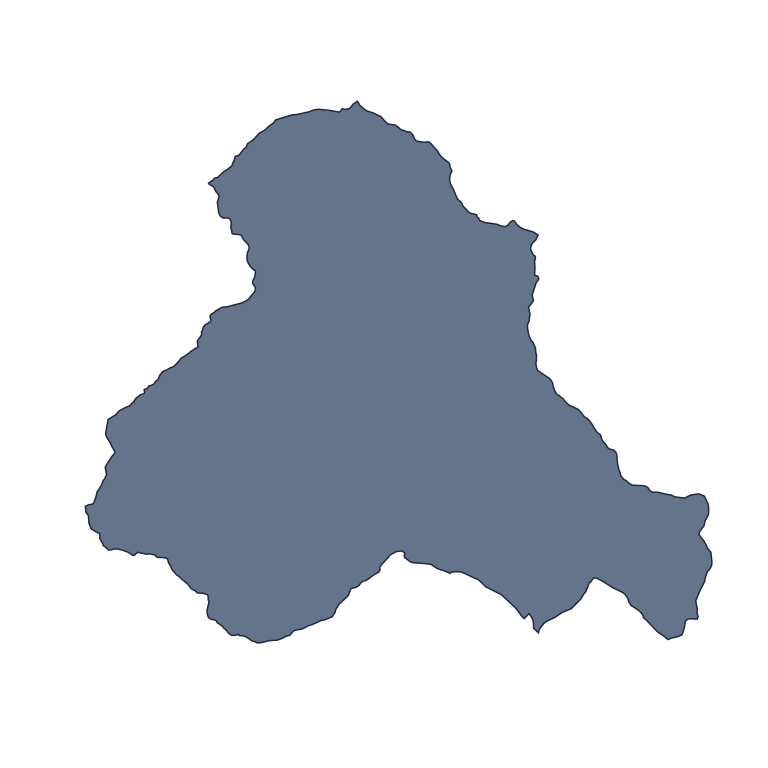 outline of Sombey, Ha, Bhutan, rotated 174°
{"feature_id": "84629894B88569366969401", "entity_name": "Sombey", "entity_type": "district", "adm_level": 2, "iso_a3": "BTN", "parent_name": "Bhutan", "parent_adm1": "Ha", "projection": "mercator", "projection_center": [89.094, 27.205], "detail": "fine", "context": "isolated", "style": "filled", "palette": "slate", "viewbox_px": 768, "rotation_deg": 174, "n_neighbors": 0, "source": "geoboundaries", "source_scale": "gbopen_adm2", "svg_char_len": 6143}
<svg xmlns="http://www.w3.org/2000/svg" viewBox="0 0 768 768"><g transform="rotate(174 384 384)"><path d="M174.0,310.8L175.8,312.3L177.4,314.1L179.9,318.7L180.9,321.5L182.5,324.3L184.9,327.9L188.1,330.5L193.2,338.2L202.4,343.9L205.1,346.8L207.6,350.8L213.2,356.0L214.4,358.1L215.7,362.4L216.4,368.0L218.4,371.8L229.7,381.4L230.5,383.9L230.9,388.9L229.9,391.4L229.9,393.1L229.4,395.3L229.4,397.9L229.8,399.0L229.6,404.1L231.1,408.2L231.2,409.3L233.1,411.9L234.9,417.5L235.4,424.3L235.3,427.3L233.0,431.8L232.1,436.2L231.5,437.6L232.2,445.4L229.1,448.3L226.7,451.4L227.5,457.6L226.3,459.3L222.2,468.5L219.1,472.1L219.3,473.8L220.0,475.4L222.3,476.0L222.7,477.3L221.8,483.3L221.4,490.7L220.4,492.3L220.2,495.2L221.6,496.4L222.4,497.9L224.0,502.0L224.0,503.6L223.7,505.1L222.1,508.1L218.0,511.5L215.2,516.1L219.6,519.6L228.9,523.4L232.1,525.5L235.1,528.5L237.4,532.6L238.8,533.1L240.6,532.2L242.0,531.3L244.3,528.8L247.0,527.8L252.1,529.4L254.8,531.0L267.2,534.2L271.5,536.5L272.2,537.4L272.5,539.1L273.9,540.5L274.2,542.7L280.5,544.9L281.9,546.2L287.0,553.0L287.6,555.5L291.8,560.7L294.5,570.0L297.1,576.5L297.3,581.0L296.5,584.5L295.6,586.6L294.5,587.7L294.3,589.5L295.5,592.4L295.8,595.9L296.7,597.7L301.8,602.3L304.8,606.3L306.2,609.7L312.8,619.0L314.5,620.2L318.6,620.1L326.2,622.2L328.0,624.4L329.0,628.3L331.2,631.3L332.4,632.1L334.9,632.6L340.9,635.4L342.9,637.9L346.1,640.5L352.4,642.0L355.1,644.6L359.1,650.2L366.4,654.7L372.8,657.5L374.7,659.2L378.7,663.3L380.8,667.9L385.3,665.7L388.9,661.8L394.4,661.1L396.8,662.2L399.0,659.7L400.1,659.1L409.5,661.8L420.4,664.1L425.7,663.8L430.0,662.5L443.2,661.1L447.0,661.3L464.3,657.9L466.6,655.1L472.3,652.0L474.2,650.2L476.3,648.8L481.8,646.5L487.3,641.5L490.6,639.3L494.4,637.4L496.3,633.9L499.0,632.2L503.9,627.1L504.9,626.5L508.1,626.0L509.9,621.4L511.1,619.9L512.3,617.3L513.1,616.4L515.2,615.3L516.7,614.0L520.8,612.2L528.1,606.7L531.3,606.4L532.4,604.8L537.5,602.2L536.8,600.7L535.5,600.0L532.9,597.8L532.3,596.8L531.1,592.9L529.3,590.4L528.5,588.3L528.4,587.6L530.7,582.5L530.5,571.8L529.9,569.4L528.7,567.5L526.2,565.7L521.8,565.5L520.3,564.3L519.1,562.1L519.2,559.5L520.0,555.8L519.4,552.6L519.4,549.8L518.2,548.8L513.1,547.9L511.4,547.4L510.5,546.6L508.4,542.0L504.4,536.7L503.8,533.6L504.4,531.9L506.1,528.9L507.2,523.5L507.2,521.7L506.7,519.2L504.8,515.1L502.6,512.2L500.4,510.1L500.1,509.2L501.0,504.7L503.5,500.6L504.1,498.9L503.9,497.2L501.8,493.2L502.1,491.5L502.7,489.9L503.7,488.5L506.2,486.3L509.3,483.0L512.8,480.9L517.9,479.3L532.3,477.2L535.6,477.3L537.7,477.0L544.1,474.1L545.6,472.8L548.6,471.4L549.7,469.9L550.0,468.9L549.5,465.1L550.3,464.1L552.1,463.3L552.6,462.7L555.1,462.0L557.3,459.9L558.1,458.9L559.0,456.2L560.1,454.8L560.2,452.2L560.6,451.5L564.8,446.7L565.2,445.8L565.1,440.3L571.5,437.3L577.3,433.5L583.2,430.8L585.4,428.3L591.2,423.4L595.7,422.1L598.2,420.8L601.3,420.0L602.9,419.3L605.7,416.7L608.2,412.3L610.6,410.6L612.9,408.1L614.7,407.2L617.8,406.7L618.5,406.2L619.8,404.3L622.9,403.7L623.2,403.1L622.9,400.6L623.1,399.8L627.8,398.6L630.0,396.9L631.5,396.4L635.7,391.6L636.4,391.4L639.1,389.0L644.1,387.5L650.5,384.8L654.2,381.3L662.1,377.6L665.8,364.8L666.0,362.6L665.3,359.9L662.4,354.3L660.9,349.5L658.8,345.5L659.1,343.4L662.4,340.2L669.1,331.9L670.0,330.1L669.4,322.8L671.7,319.0L673.6,317.0L675.2,313.6L678.6,308.9L680.5,306.9L682.2,302.0L685.1,296.2L686.2,295.1L690.5,294.7L693.8,293.6L693.9,289.5L693.8,287.4L692.1,284.7L691.7,283.3L692.0,276.9L690.5,270.6L684.2,265.9L682.5,265.2L682.3,262.4L682.9,260.3L680.3,254.3L680.1,252.5L678.8,251.6L675.1,247.6L672.8,247.6L669.7,248.2L666.5,247.9L661.7,246.2L655.9,243.3L651.9,239.8L650.0,239.8L648.6,241.1L646.1,242.3L637.9,239.5L634.6,239.5L631.0,238.4L629.7,237.7L628.4,236.0L626.7,235.1L622.3,234.6L618.4,233.5L617.4,232.0L617.0,228.7L615.1,225.0L614.3,221.7L610.2,215.8L607.6,213.7L606.1,211.7L600.5,206.0L596.8,200.3L592.8,197.7L591.5,195.7L585.4,194.7L581.6,192.9L581.1,191.7L581.3,187.3L580.6,186.1L583.7,177.4L583.8,173.6L583.1,170.3L582.6,169.8L580.0,167.8L578.1,167.5L575.7,166.3L574.7,163.9L570.2,160.2L569.1,158.3L566.5,155.6L564.9,152.8L562.4,150.3L560.9,149.8L559.0,149.6L555.0,150.2L554.3,148.9L549.6,148.0L546.5,146.1L542.2,142.3L539.1,141.1L537.5,139.8L532.2,139.6L526.9,140.5L523.5,140.7L516.9,140.4L511.9,141.7L507.4,143.5L504.1,143.8L499.8,147.9L498.2,148.4L491.1,148.9L487.0,150.3L484.4,151.6L480.7,152.2L471.1,155.4L468.6,155.4L459.8,157.9L456.4,162.2L455.6,164.7L451.5,169.9L442.8,176.3L441.3,177.9L439.3,181.8L438.9,183.3L436.9,184.4L434.0,184.5L430.2,186.0L427.9,188.5L425.3,190.2L422.2,190.6L420.5,191.4L414.2,195.2L408.8,197.5L407.4,199.4L407.4,202.2L405.6,204.4L397.5,211.4L396.3,213.1L389.4,216.0L383.5,216.1L380.9,213.6L381.9,211.2L381.7,209.5L376.4,204.3L374.1,203.3L361.2,201.0L355.8,199.6L350.9,195.3L346.6,193.1L343.6,191.9L338.3,188.9L336.1,189.8L332.6,189.9L326.8,189.0L310.3,179.2L303.8,171.5L289.4,162.3L277.5,148.7L275.7,146.3L271.5,139.0L269.1,136.0L263.8,140.4L261.7,136.9L260.5,133.5L260.4,129.7L260.8,125.6L256.4,120.4L255.7,122.7L253.8,125.5L249.3,129.8L246.3,131.3L238.5,134.0L230.4,138.3L221.3,140.9L210.6,149.7L207.5,154.0L205.2,156.2L203.1,159.7L200.8,164.6L198.8,165.8L196.4,168.7L194.9,169.1L193.0,168.8L188.1,165.6L177.0,157.0L168.5,151.8L166.1,149.4L164.1,145.8L163.2,141.3L161.4,137.9L154.1,132.0L151.2,128.1L150.1,124.1L148.0,122.0L137.5,108.5L131.2,103.3L128.3,100.1L124.9,101.3L119.8,101.7L114.0,103.3L112.3,106.4L110.7,110.6L109.1,116.5L107.1,118.0L105.6,118.5L104.1,118.6L97.2,117.4L95.9,119.8L96.5,122.9L96.0,127.8L96.7,135.6L91.3,145.6L85.8,154.0L84.9,157.3L82.2,163.2L78.5,167.0L77.1,169.5L76.5,172.4L76.5,182.5L79.6,187.2L80.3,189.8L82.3,194.5L84.6,198.0L86.6,201.8L85.5,204.3L80.5,209.6L79.0,214.4L75.0,220.2L74.2,225.3L74.1,230.5L77.2,239.1L82.6,241.9L91.0,241.4L96.9,239.1L106.4,241.3L109.9,243.6L113.5,244.4L123.2,247.8L127.9,248.2L130.5,249.9L132.6,253.7L136.1,255.7L147.4,257.4L150.7,259.6L153.4,262.7L155.3,263.9L157.9,267.6L159.9,277.4L160.1,283.7L159.8,287.8L160.4,291.6L162.3,294.2L166.2,295.6L168.3,297.4L169.0,298.6L169.1,299.6L172.3,304.2L173.2,306.3L174.0,310.8Z" fill="#64748b" stroke="#1e293b" stroke-width="1.5"/></g></svg>